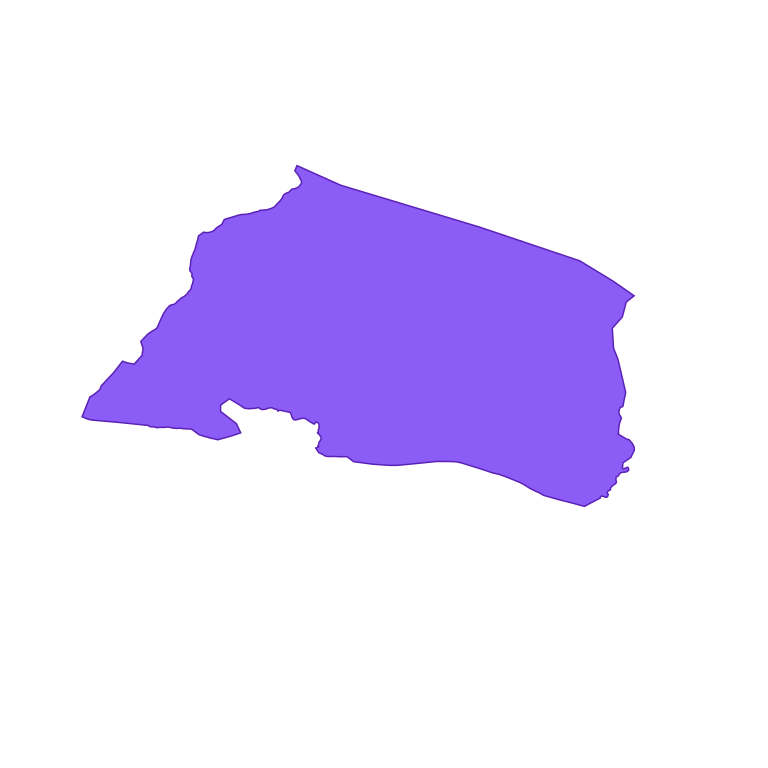 Effutu Municipal, Central, Ghana, rotated 227°
{"feature_id": "2480657B83789922051105", "entity_name": "Effutu Municipal", "entity_type": "district", "adm_level": 2, "iso_a3": "GHA", "parent_name": "Ghana", "parent_adm1": "Central", "projection": "robinson", "projection_center": [-0.61, 5.385], "detail": "fine", "context": "isolated", "style": "filled", "palette": "violet", "viewbox_px": 768, "rotation_deg": 227, "n_neighbors": 0, "source": "geoboundaries", "source_scale": "gbopen_adm2", "svg_char_len": 6171}
<svg xmlns="http://www.w3.org/2000/svg" viewBox="0 0 768 768"><g transform="rotate(227 384 384)"><path d="M581.6,245.1L581.0,235.2L574.1,231.9L570.0,226.5L568.9,214.8L573.4,211.5L574.7,210.6L579.0,208.3L576.8,194.5L576.7,194.0L576.4,189.3L576.1,184.2L575.7,179.1L575.5,176.0L573.7,172.2L574.1,165.2L574.6,162.2L575.1,160.1L566.0,140.9L565.4,141.1L563.7,141.9L562.7,142.3L560.0,143.6L558.5,144.6L556.6,146.0L535.1,165.3L514.7,183.1L513.5,183.5L512.1,184.0L511.6,184.3L510.5,185.5L510.2,186.2L507.7,187.5L506.8,188.3L505.7,189.7L505.3,190.4L504.3,191.4L502.9,192.7L502.1,193.8L500.8,195.5L500.0,196.4L498.6,197.7L497.3,198.5L496.1,199.2L495.0,200.3L493.4,201.6L491.9,203.2L490.7,204.7L490.0,205.4L489.1,205.9L487.9,207.0L486.3,208.5L484.7,210.1L483.4,211.4L482.4,212.2L482.0,212.5L479.2,213.1L473.7,214.0L473.0,214.2L471.8,214.9L468.5,216.7L467.6,217.1L466.1,218.4L465.0,218.9L464.0,219.5L463.1,219.9L462.0,220.7L460.5,221.8L458.9,222.9L456.6,224.4L456.1,225.3L451.0,235.1L448.6,240.1L446.0,245.9L455.6,249.0L475.4,245.8L480.0,250.2L478.6,260.9L466.1,264.4L465.7,264.5L464.3,264.7L461.6,265.4L460.8,265.9L459.2,267.4L458.2,268.1L457.2,269.4L456.4,270.4L455.1,272.0L454.4,272.8L453.6,274.1L452.7,275.5L452.3,276.2L451.7,276.3L450.0,276.7L449.1,277.0L448.6,277.4L447.9,278.0L446.9,279.4L446.0,280.9L445.5,282.1L445.2,282.9L444.5,284.2L443.6,285.2L442.5,286.2L441.5,286.2L438.3,288.4L436.5,288.0L435.9,290.0L433.8,291.4L427.0,296.1L423.8,294.8L422.6,294.1L421.0,293.7L419.5,293.7L418.9,294.0L418.3,294.6L417.6,295.5L416.0,298.6L414.6,300.8L414.1,301.6L413.4,302.1L412.1,302.9L411.2,303.2L410.7,303.3L410.3,303.4L409.8,303.4L409.4,303.4L409.1,303.5L408.2,303.8L403.9,305.0L402.5,305.4L402.1,306.3L402.8,307.9L402.4,308.6L401.0,309.1L400.6,309.2L399.8,309.2L398.4,308.6L396.9,307.2L396.5,306.7L395.9,306.2L395.1,304.4L393.6,303.1L393.7,302.6L393.6,302.0L392.5,302.0L392.1,302.0L391.0,302.3L388.4,301.6L387.5,301.5L386.7,300.3L385.9,297.9L385.7,296.6L385.3,296.2L384.7,295.6L384.1,294.3L383.7,293.2L382.9,293.4L382.5,293.0L383.7,290.4L378.4,289.5L373.8,291.3L372.6,291.5L372.1,291.7L370.6,292.4L369.6,293.2L368.0,294.8L366.4,296.6L364.9,298.3L363.0,300.1L359.7,303.3L358.5,304.8L357.1,306.4L355.9,307.4L347.9,308.8L333.0,321.1L329.4,324.4L320.2,333.1L315.2,338.5L303.1,354.3L291.6,369.5L282.3,379.4L280.7,381.0L277.6,383.9L274.7,386.0L272.1,387.6L254.2,397.8L244.9,402.8L242.0,404.8L238.6,407.0L234.7,409.0L230.6,411.0L220.5,415.7L216.5,417.3L213.3,418.2L208.3,419.5L203.0,421.4L198.8,423.2L196.2,424.0L193.5,424.9L180.3,432.9L170.7,439.1L157.7,447.2L156.3,453.0L153.1,464.3L153.6,464.7L153.8,465.1L153.9,465.5L153.9,466.2L153.7,466.6L152.7,467.4L152.2,467.8L151.5,468.2L150.9,468.4L150.4,468.5L149.9,469.0L149.5,469.4L149.2,470.0L149.3,470.8L149.5,471.5L150.1,472.4L150.8,472.9L151.8,472.7L152.5,473.4L152.8,474.1L152.9,474.6L152.7,475.4L152.4,476.5L152.2,477.2L152.3,477.7L152.7,477.9L153.1,478.5L153.6,479.5L153.8,480.1L153.7,480.9L153.6,481.8L153.6,482.5L153.4,484.1L153.3,485.0L153.3,485.8L153.6,486.9L153.9,487.3L154.3,487.4L154.9,487.8L155.4,488.0L156.0,488.4L156.3,488.8L156.9,489.5L157.2,489.9L157.6,490.0L157.6,490.4L157.4,491.2L157.1,491.8L157.0,492.4L157.1,492.8L157.3,493.3L157.4,494.0L157.5,494.3L157.6,495.1L157.7,495.6L157.6,496.6L157.4,497.0L156.7,498.2L156.5,498.5L156.0,499.1L155.7,499.5L155.2,500.2L155.0,500.6L154.8,500.9L154.2,501.7L154.0,503.3L154.1,504.1L154.3,504.4L154.9,504.8L155.4,505.2L155.9,505.3L156.6,505.5L157.0,505.3L157.6,504.1L157.8,503.6L158.0,502.6L158.2,502.1L158.4,501.8L158.7,501.4L159.4,501.1L160.2,501.0L160.7,501.9L160.9,502.3L161.6,502.9L161.8,503.2L162.2,503.5L162.7,504.2L163.0,504.6L163.4,505.1L161.9,514.3L164.7,521.7L165.2,522.1L165.5,522.5L166.0,522.9L166.6,523.4L167.1,523.8L167.7,524.1L168.2,524.3L168.9,524.5L169.4,524.6L170.1,524.7L170.4,524.8L171.1,524.9L172.0,525.2L172.5,525.1L173.4,525.1L174.1,525.2L174.7,525.3L175.4,525.1L176.0,525.2L176.5,525.2L177.0,524.8L177.3,524.5L177.7,524.0L187.6,521.1L187.8,521.8L188.1,522.1L188.4,522.4L188.8,522.6L189.3,523.0L189.7,523.4L190.2,523.9L190.5,524.4L190.9,524.9L191.4,525.5L191.8,525.9L192.5,526.7L192.8,527.1L193.0,527.4L193.8,528.3L194.1,528.7L194.7,529.6L195.1,530.3L195.4,530.9L195.7,531.5L195.9,531.8L196.5,533.1L196.8,533.6L197.3,534.5L198.3,534.7L198.9,534.9L199.3,535.1L200.2,535.1L200.9,535.2L201.8,535.6L202.5,536.0L203.1,536.5L203.5,536.9L204.1,537.8L205.0,539.0L205.3,539.5L205.4,539.9L205.7,541.1L204.7,543.0L205.0,543.8L205.4,544.5L208.5,548.6L213.0,555.0L242.4,571.9L248.5,574.3L253.5,576.2L269.1,589.0L270.5,604.0L278.7,617.1L277.9,627.1L303.3,621.6L340.5,611.2L382.7,588.4L433.4,561.0L468.3,540.7L558.7,488.0L603.0,469.3L600.9,464.6L600.6,464.2L599.6,464.1L597.2,464.0L595.5,463.8L593.3,463.3L590.9,462.6L589.2,462.2L587.2,460.7L586.8,458.9L586.4,456.4L586.7,454.9L587.1,453.6L587.8,451.6L588.9,450.3L589.4,449.1L589.2,446.7L589.2,445.3L589.7,444.0L590.2,442.7L590.4,441.9L590.7,440.7L590.6,439.4L590.4,438.2L589.7,436.9L589.2,435.4L588.8,432.7L588.6,427.8L588.3,425.4L588.5,423.8L589.2,421.6L590.2,419.4L590.5,418.8L591.7,416.4L592.6,415.7L593.9,413.8L595.5,412.0L596.0,409.7L597.3,407.6L598.4,405.7L599.3,403.5L600.6,401.4L601.8,399.3L603.6,397.3L605.6,394.7L607.1,392.0L608.2,389.7L609.8,386.4L611.4,383.2L612.5,381.3L612.8,380.4L613.1,379.0L612.6,377.6L612.1,376.4L611.4,374.4L611.7,372.1L612.2,369.8L612.4,367.4L612.3,365.0L612.0,364.6L613.0,361.7L614.3,359.2L616.2,357.0L618.1,355.6L618.8,349.6L618.7,349.1L617.3,347.1L616.6,346.2L615.8,344.7L615.5,344.4L615.1,343.4L611.1,337.2L610.3,335.0L609.1,332.5L607.4,328.9L606.8,328.2L606.1,327.0L603.4,324.1L602.4,322.8L601.8,321.9L600.3,320.1L599.3,319.4L598.6,319.2L596.4,319.1L595.6,318.8L595.1,318.4L594.6,317.5L593.7,316.9L592.8,316.6L591.5,316.6L590.3,315.6L589.5,314.8L589.0,313.6L587.8,312.1L587.3,311.1L587.0,310.2L586.3,309.2L585.9,308.8L585.2,307.5L584.9,306.5L584.9,304.0L584.7,303.1L584.4,302.6L584.2,299.8L584.4,297.2L585.1,294.9L585.4,289.4L585.2,286.2L585.3,285.2L586.8,282.6L587.5,280.7L587.2,276.2L586.9,275.2L586.9,274.7L586.4,272.8L586.2,271.8L585.8,270.5L585.2,268.7L580.1,257.0L579.9,255.8L579.9,254.3L581.0,249.5L581.6,245.1Z" fill="#8b5cf6" stroke="#5b21b6" stroke-width="1.5"/></g></svg>